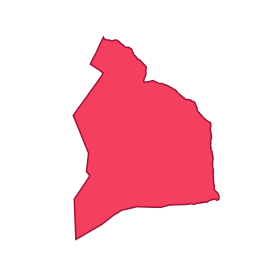 outline of San Andrés Huaxpaltepec, Oaxaca, Mexico, rotated 74°
{"feature_id": "50627088B11126229802740", "entity_name": "San Andrés Huaxpaltepec", "entity_type": "district", "adm_level": 2, "iso_a3": "MEX", "parent_name": "Mexico", "parent_adm1": "Oaxaca", "projection": "equal_earth", "projection_center": [-97.916, 16.341], "detail": "fine", "context": "isolated", "style": "filled", "palette": "rose", "viewbox_px": 256, "rotation_deg": 74, "n_neighbors": 0, "source": "geoboundaries", "source_scale": "gbopen_adm2", "svg_char_len": 2888}
<svg xmlns="http://www.w3.org/2000/svg" viewBox="0 0 256 256"><g transform="rotate(74 128 128)"><path d="M221.2,60.0L219.4,59.6L218.5,59.3L217.8,59.3L216.0,59.5L215.3,59.7L213.6,60.6L212.0,61.7L211.0,61.8L210.4,61.8L209.8,61.6L207.1,60.9L205.1,60.8L204.2,60.7L201.9,60.3L199.5,59.6L197.2,59.1L196.4,59.0L195.7,58.7L195.2,58.4L194.9,58.4L191.9,57.5L190.6,57.5L189.9,57.6L189.3,57.5L189.2,57.5L188.5,57.3L187.0,56.9L186.9,56.9L185.5,56.5L184.2,56.1L182.7,55.6L182.4,55.3L181.9,55.1L181.0,54.8L180.9,54.7L180.2,54.7L179.6,54.4L178.4,54.2L178.4,54.3L178.0,54.4L176.9,54.3L175.1,54.0L174.7,54.1L174.3,53.9L173.5,53.7L173.2,53.8L171.9,54.3L170.9,53.9L170.2,53.7L169.3,53.7L169.1,53.7L168.6,53.7L168.4,53.6L168.0,53.5L167.0,53.5L166.7,53.1L165.9,52.7L165.3,52.5L165.2,52.4L164.5,52.7L164.4,52.7L164.0,52.5L163.2,52.2L162.5,51.7L162.3,51.5L161.4,51.1L160.5,50.6L159.9,50.2L159.6,50.1L158.3,50.1L157.8,49.7L157.0,50.0L156.8,49.9L156.5,49.8L155.8,49.6L155.3,49.6L154.0,49.3L153.9,49.3L153.2,49.3L151.6,49.5L151.2,49.1L151.1,48.8L150.9,48.8L149.6,48.2L148.9,47.9L148.4,47.8L147.8,47.5L147.2,47.4L146.9,47.3L146.6,47.4L146.2,47.2L146.0,47.3L145.6,47.5L145.4,47.5L145.4,47.8L143.2,49.7L142.3,50.5L140.1,51.8L138.3,53.0L137.4,53.4L136.8,53.6L135.4,54.0L134.2,55.1L132.9,55.2L131.3,56.5L126.7,56.1L125.7,56.5L121.8,56.7L120.4,58.1L119.8,59.5L118.6,59.9L117.1,62.5L116.5,64.7L113.3,66.8L109.6,69.4L107.6,70.5L106.7,71.1L105.5,71.3L104.9,72.1L103.9,72.3L103.4,73.6L102.4,74.2L101.4,74.9L100.6,76.1L98.3,78.1L94.8,82.9L94.2,84.0L94.0,85.5L89.2,91.1L89.2,92.9L89.3,94.7L88.5,100.0L87.1,99.9L85.2,98.9L81.2,95.8L79.3,95.5L76.9,94.8L74.3,93.6L72.4,94.5L70.6,95.5L68.1,96.8L65.1,98.5L64.4,100.1L63.0,100.1L60.6,101.2L59.7,102.1L58.1,102.2L55.4,102.6L53.0,102.8L52.3,104.1L51.4,104.2L50.3,105.8L50.1,107.9L45.8,110.6L43.9,112.2L42.7,112.3L42.1,113.4L41.1,113.8L40.2,115.1L39.8,116.3L40.0,118.6L40.0,119.7L38.5,121.3L37.6,123.9L36.0,126.1L34.0,126.6L42.7,134.4L44.7,136.1L45.3,136.5L47.0,138.0L47.9,138.9L48.4,139.4L51.6,142.4L51.9,142.7L55.7,146.2L56.0,146.4L56.4,146.6L58.3,144.9L64.7,139.3L65.4,139.0L68.1,136.7L71.4,139.8L71.7,140.2L76.9,146.8L82.5,153.9L82.5,154.0L87.7,160.4L90.0,163.4L93.6,168.1L95.6,170.6L100.9,177.2L118.0,175.3L140.9,172.9L141.3,172.8L158.3,179.9L163.5,177.9L181.7,199.3L199.2,203.6L220.7,208.8L217.8,197.0L213.4,179.7L207.9,166.2L205.3,156.6L206.1,141.0L209.9,129.3L213.3,118.4L213.5,109.5L214.5,105.1L217.7,92.4L217.7,91.9L217.7,91.3L218.2,89.2L218.2,88.1L218.1,87.7L218.8,86.6L219.4,86.1L219.7,85.3L219.5,83.4L219.3,82.4L219.5,81.3L219.8,80.7L219.9,79.3L219.6,79.0L219.4,78.7L219.6,78.5L220.2,78.3L220.2,77.8L220.2,76.1L220.4,75.3L220.5,75.1L220.6,73.8L220.8,73.1L221.0,72.3L220.3,70.3L220.0,67.9L220.3,66.6L220.2,66.3L220.0,65.9L220.0,65.3L220.3,64.2L220.9,63.3L221.2,63.2L221.9,62.5L222.0,62.1L222.0,61.5L221.2,60.0Z" fill="#f43f5e" stroke="#9f1239" stroke-width="1.5"/></g></svg>